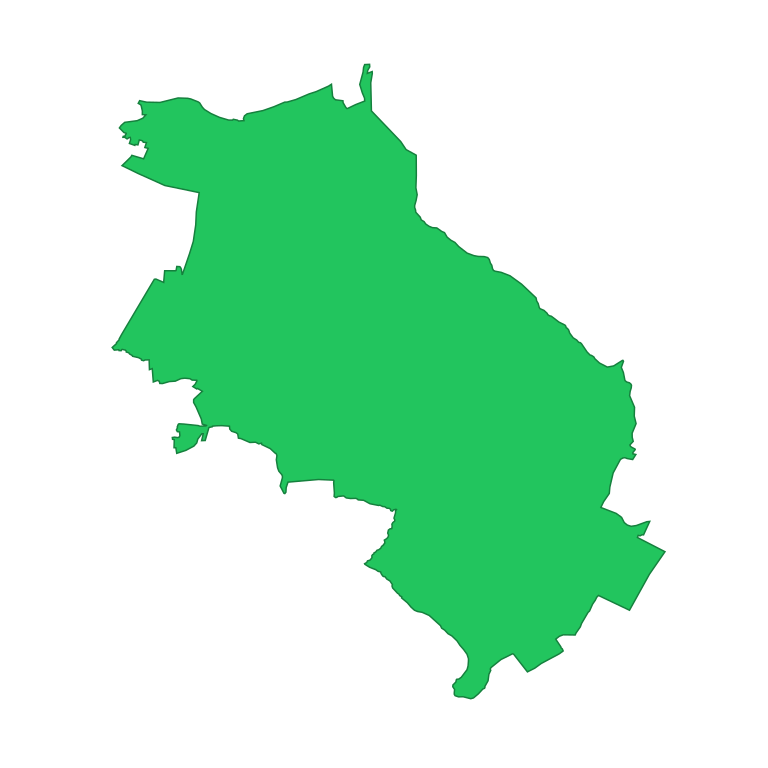 outline of Bocsa, Salaj, Romania, rotated 356°
{"feature_id": "2599482B47822802505944", "entity_name": "Bocsa", "entity_type": "district", "adm_level": 2, "iso_a3": "ROU", "parent_name": "Romania", "parent_adm1": "Salaj", "projection": "equal_earth", "projection_center": [22.907, 47.29], "detail": "fine", "context": "isolated", "style": "filled", "palette": "green", "viewbox_px": 768, "rotation_deg": 356, "n_neighbors": 0, "source": "geoboundaries", "source_scale": "gbopen_adm2", "svg_char_len": 6130}
<svg xmlns="http://www.w3.org/2000/svg" viewBox="0 0 768 768"><g transform="rotate(356 384 384)"><path d="M507.0,681.2L514.6,678.0L521.3,673.8L540.2,665.3L544.1,662.8L543.4,660.7L542.1,659.3L542.1,658.5L537.5,650.5L541.3,647.9L545.3,646.7L557.2,647.7L558.2,645.8L562.9,640.0L564.4,636.6L571.6,626.1L573.2,624.8L576.7,618.2L579.7,614.4L581.3,611.6L583.2,609.9L613.1,626.8L635.5,592.3L652.6,570.9L626.1,554.8L627.0,552.7L628.9,553.3L630.8,552.4L632.4,552.6L639.5,539.6L636.6,539.7L625.8,542.8L620.6,543.2L616.9,541.7L614.0,539.0L611.7,533.6L606.6,529.3L591.7,522.3L594.9,516.7L601.1,508.9L602.1,502.6L606.4,488.7L614.6,475.7L617.1,474.5L619.2,474.3L621.3,475.3L626.8,476.7L630.3,471.9L627.4,471.0L627.5,469.7L630.0,467.0L629.9,466.4L626.7,464.4L625.6,463.5L625.0,462.0L628.6,458.6L627.9,454.5L628.1,450.4L632.7,441.1L631.4,433.5L632.3,424.7L628.2,412.8L629.0,408.7L630.4,405.0L630.8,402.5L630.3,401.3L628.9,399.9L626.2,398.9L624.6,397.3L623.6,389.2L621.9,384.0L624.5,378.0L624.0,377.1L623.5,377.1L614.3,382.0L608.0,382.7L600.4,378.1L596.1,373.5L595.2,371.6L592.9,369.9L591.6,369.5L588.8,366.2L583.7,357.4L582.6,356.4L581.1,356.0L579.3,353.6L575.9,351.1L572.8,346.2L572.0,343.1L570.8,341.3L569.6,340.5L569.4,339.0L568.7,337.9L562.8,334.4L555.7,328.1L553.7,327.4L552.2,326.2L551.7,324.9L548.7,321.7L544.8,319.7L544.2,318.5L543.4,314.4L542.1,311.9L541.7,308.7L528.2,294.0L517.2,284.8L508.7,280.8L502.6,279.2L501.1,278.3L500.3,276.5L499.8,273.0L498.6,270.9L497.7,267.1L496.3,265.1L492.9,263.9L486.8,263.3L482.6,262.2L476.0,259.2L468.1,252.1L464.6,247.7L460.7,245.2L457.2,241.9L454.9,237.2L452.2,235.8L447.6,232.0L443.2,231.4L439.9,229.8L436.8,227.3L435.3,224.8L432.6,222.9L431.8,220.1L427.7,214.9L427.6,212.6L426.9,210.0L427.1,207.9L428.8,203.2L430.3,197.5L429.5,190.5L430.8,178.3L432.1,158.0L422.4,151.7L417.6,143.3L390.5,110.7L391.8,82.6L394.0,73.4L394.0,71.5L389.0,73.0L389.7,69.9L391.9,66.7L391.9,64.1L387.0,64.0L385.7,66.8L384.9,71.3L380.7,83.5L382.7,92.1L384.5,97.4L384.5,100.4L375.2,103.3L366.9,106.6L366.0,106.5L365.1,105.2L362.8,100.5L362.8,98.6L355.4,97.1L353.8,95.5L352.8,93.4L352.5,81.3L349.4,83.0L336.4,87.7L329.5,89.4L315.9,94.1L307.0,96.0L304.6,95.9L293.6,99.7L282.3,102.8L266.3,104.9L263.5,106.8L262.3,109.5L262.7,111.5L257.2,111.5L256.3,110.6L252.1,109.4L251.4,110.2L247.5,109.9L238.4,106.5L230.2,102.1L224.1,97.7L222.1,95.2L219.7,90.7L218.3,89.6L211.2,86.2L208.1,85.3L198.5,84.3L180.3,87.5L166.8,86.3L160.0,84.3L158.4,86.9L160.7,88.4L161.2,89.5L162.0,94.8L161.7,98.4L165.2,98.9L162.0,102.0L156.2,104.1L143.6,104.9L139.9,107.7L137.9,110.1L142.1,115.0L144.3,115.9L144.4,116.4L143.3,117.6L143.3,118.5L141.1,118.8L140.8,119.7L142.6,119.8L144.6,121.5L145.3,121.5L146.6,120.4L148.1,120.3L148.3,122.6L146.8,126.3L152.1,128.6L152.5,127.7L155.2,128.3L156.9,123.5L158.0,123.8L160.1,124.6L160.7,126.0L163.9,126.6L161.9,131.4L165.2,132.5L159.9,142.6L148.4,138.3L147.4,139.8L137.9,147.9L153.5,156.9L179.2,170.7L213.0,180.2L208.8,199.2L207.3,212.1L203.7,228.5L199.1,240.4L190.6,260.5L190.2,260.5L189.9,255.5L189.2,253.6L188.5,252.7L185.5,252.3L184.5,256.3L183.8,256.5L173.1,255.7L171.3,267.3L163.8,263.4L162.2,263.5L125.7,316.3L122.9,320.7L122.8,321.5L120.0,324.1L120.0,325.0L115.4,328.6L117.3,331.4L121.8,331.3L122.0,332.2L124.2,332.4L124.7,331.4L125.3,331.2L128.4,332.2L129.1,333.0L129.1,334.1L131.5,335.0L132.3,336.3L134.8,338.0L135.1,338.8L141.0,340.6L143.7,342.3L143.8,343.3L145.9,344.0L147.2,343.4L151.4,343.5L151.0,353.3L153.9,352.5L154.0,365.9L158.3,364.6L160.0,365.6L160.4,367.8L163.1,368.1L170.0,366.6L176.0,366.6L181.7,364.5L185.7,364.3L190.9,365.2L192.8,366.7L197.5,367.2L197.6,367.8L195.6,371.1L193.1,373.2L196.9,375.9L197.8,375.5L202.3,378.6L193.8,385.4L193.0,386.4L192.8,389.2L194.9,393.7L199.3,406.2L199.9,411.3L204.0,412.9L203.5,413.4L197.5,413.3L195.8,412.5L181.5,410.0L176.7,409.4L175.9,409.9L174.7,412.5L174.9,413.3L173.7,415.3L174.5,417.1L176.7,417.5L176.8,421.2L176.1,422.6L174.6,423.1L171.4,422.4L169.1,422.6L169.2,424.4L170.9,424.9L170.1,432.9L171.9,433.1L172.4,438.7L181.7,436.4L190.0,432.7L193.1,429.7L194.4,426.0L198.8,420.9L200.2,421.0L198.1,427.8L201.7,427.9L206.3,415.3L206.7,415.1L209.7,414.7L209.9,414.1L213.9,414.0L219.2,414.2L226.9,415.3L227.0,418.2L228.7,420.5L233.1,422.3L234.6,423.7L235.0,427.9L237.5,428.5L246.2,433.0L251.8,433.1L254.9,435.0L257.7,434.5L257.9,435.9L266.0,440.5L270.6,445.4L271.5,445.8L272.2,448.0L271.3,452.1L272.0,460.2L273.0,463.6L275.7,467.3L276.2,468.7L276.1,470.5L273.3,478.5L276.6,486.1L277.4,486.4L278.6,485.1L279.2,480.5L281.4,475.2L312.0,474.7L327.0,476.4L327.3,477.0L326.9,478.9L326.9,489.2L326.4,492.7L327.8,493.9L329.0,493.8L330.1,493.0L335.9,492.8L338.4,495.0L342.6,495.9L348.0,496.1L349.8,497.2L350.1,497.8L355.6,498.6L361.7,502.5L370.2,504.8L371.4,504.6L374.3,506.2L376.1,506.4L378.3,508.1L380.6,508.4L381.7,509.4L381.9,510.7L382.5,511.1L383.6,511.4L384.7,510.2L387.2,509.8L387.7,510.2L386.7,511.3L386.5,513.4L384.6,518.5L385.3,520.4L385.1,521.5L383.2,522.8L382.1,524.4L382.2,526.3L381.7,528.8L379.9,528.9L378.2,530.0L377.3,533.0L378.0,535.1L377.4,536.9L376.0,538.4L373.4,539.8L373.8,541.6L373.5,543.2L372.3,544.0L372.2,544.7L370.3,545.8L369.3,547.6L367.1,549.0L365.5,549.3L363.8,551.2L362.4,551.6L361.9,552.9L360.7,553.4L359.9,554.5L359.9,556.4L357.8,558.7L355.2,559.3L354.3,560.9L352.1,561.9L352.4,562.6L357.0,565.9L362.9,568.7L365.1,570.5L367.5,571.2L367.9,572.9L369.3,575.4L370.3,576.1L371.6,576.3L373.1,578.7L376.2,580.9L378.4,584.8L377.9,586.0L378.4,588.1L382.9,593.7L384.1,594.5L384.9,596.2L386.9,597.5L386.6,598.6L392.1,603.9L395.5,608.6L398.6,611.8L401.6,613.3L406.1,614.4L412.9,618.0L423.5,629.0L424.5,631.6L427.3,633.7L430.5,637.6L434.1,640.0L438.9,645.3L441.5,649.9L444.9,654.4L448.0,659.4L449.1,663.9L448.9,666.3L448.2,671.1L446.9,674.8L440.6,682.0L437.9,683.6L436.0,683.6L435.5,684.1L434.9,686.3L431.8,689.0L431.5,690.8L433.1,693.6L432.5,697.3L432.5,698.6L433.2,699.9L436.5,701.3L441.1,701.5L448.6,704.0L451.4,703.4L456.5,699.7L461.3,695.2L463.1,694.5L463.5,693.7L463.5,692.8L467.1,687.3L468.4,680.9L470.5,677.1L470.1,675.8L470.9,674.4L481.5,667.0L493.4,662.1L494.5,662.6L507.0,681.2Z" fill="#22c55e" stroke="#15803d" stroke-width="1.5"/></g></svg>